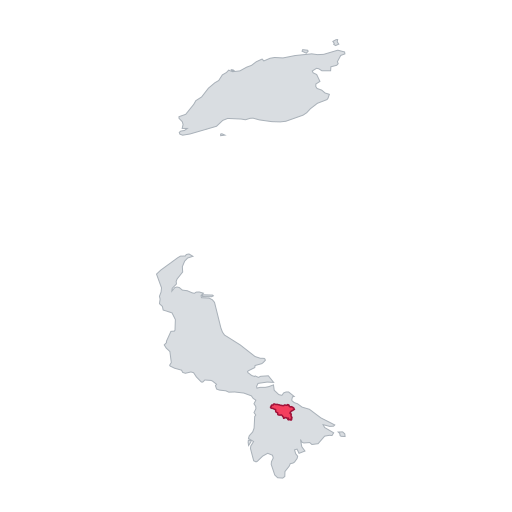 Keningau, Sabah, Malaysia (highlighted), rotated 93°
{"feature_id": "92858781B15741059593966", "entity_name": "Keningau", "entity_type": "district", "adm_level": 2, "iso_a3": "MYS", "parent_name": "Malaysia", "parent_adm1": "Sabah", "projection": "equal_earth", "projection_center": [116.308, 5.235], "detail": "fine", "context": "in_parent", "style": "filled", "palette": "rose", "viewbox_px": 512, "rotation_deg": 93, "n_neighbors": 0, "source": "geoboundaries", "source_scale": "gbopen_adm2", "svg_char_len": 6174}
<svg xmlns="http://www.w3.org/2000/svg" viewBox="0 0 512 512"><g transform="rotate(93 256 256)"><path d="M438.6,254.0L435.8,253.3L431.9,250.1L428.0,248.9L416.4,248.9L414.8,247.9L412.5,249.8L408.5,248.1L406.2,248.4L403.7,250.3L400.0,248.6L398.3,251.4L395.9,253.3L393.5,261.0L392.9,270.2L393.4,276.0L392.2,279.1L391.8,285.6L390.9,288.4L387.6,289.7L386.2,288.7L383.3,292.7L382.6,294.3L382.5,300.6L384.7,302.6L384.7,304.0L379.9,309.2L375.8,312.2L375.2,314.9L376.8,320.4L376.1,323.1L373.9,324.4L372.3,331.5L370.4,336.0L369.6,336.5L366.8,335.0L355.9,337.0L352.7,340.8L349.6,343.0L347.1,340.8L345.9,341.0L335.7,337.0L335.3,333.6L334.3,333.0L323.7,333.2L317.2,336.9L314.8,345.9L311.3,346.8L308.7,349.9L304.1,349.5L301.3,350.3L296.9,348.9L292.7,348.7L279.3,354.4L275.0,350.3L262.0,334.3L260.1,331.5L259.7,326.6L258.2,325.7L257.8,324.4L257.5,323.0L259.6,319.0L261.6,324.2L264.9,327.0L270.5,329.0L275.8,328.4L283.1,333.6L285.5,334.4L288.1,334.0L292.7,338.0L295.5,338.2L291.8,335.4L291.1,333.3L291.5,331.0L293.9,327.8L294.3,322.8L296.1,317.9L296.5,315.6L295.2,313.8L294.9,310.8L295.9,306.6L298.4,308.8L300.5,308.3L300.5,300.6L302.0,297.3L304.5,295.0L329.7,287.3L333.8,285.5L336.6,283.3L345.7,267.0L356.4,251.8L357.9,246.4L357.8,242.6L358.4,241.7L359.6,241.2L362.0,243.2L363.2,244.6L365.4,251.2L367.5,251.4L371.0,257.6L371.8,258.4L372.9,258.0L375.6,254.0L376.4,251.1L375.8,250.6L377.1,247.2L375.9,245.1L375.0,237.4L381.3,231.8L381.3,238.2L383.1,247.3L386.2,248.6L387.9,248.1L387.0,245.3L386.7,239.9L385.8,236.4L383.8,231.8L389.1,230.8L393.2,226.0L393.8,222.9L391.2,221.1L390.2,218.8L390.1,216.3L394.3,210.5L394.7,212.2L397.4,212.7L398.6,212.6L400.4,210.2L401.4,206.8L404.5,202.1L406.3,194.6L414.3,182.7L420.6,168.5L421.9,169.7L422.3,173.5L420.9,180.2L423.7,178.5L428.5,169.2L431.3,170.7L431.2,173.3L432.3,178.0L440.2,184.2L441.3,190.3L439.5,192.6L440.2,198.5L439.6,200.3L436.9,202.0L444.1,200.3L448.2,196.9L450.8,202.7L446.7,204.9L447.6,207.4L451.4,206.0L453.8,203.9L456.1,204.4L459.7,206.7L460.8,208.1L461.6,210.9L464.2,211.9L469.7,215.8L474.7,215.7L476.4,217.7L476.3,222.8L473.7,225.8L463.3,229.9L460.6,229.8L456.8,228.2L454.1,229.1L452.4,234.0L455.5,238.9L460.9,243.9L461.6,245.2L460.6,247.6L448.4,251.5L445.9,251.2L441.4,248.7L438.6,254.0ZM46.2,185.1L47.6,178.2L49.5,177.8L51.3,181.9L57.7,184.9L59.6,184.0L60.5,184.6L61.4,185.6L63.1,191.1L67.1,191.2L67.6,199.8L65.7,203.2L65.4,205.4L68.3,209.5L70.1,208.5L71.6,204.9L78.3,201.3L81.1,205.2L83.6,205.2L85.5,203.8L86.9,199.1L89.6,195.6L90.7,191.2L94.6,192.3L96.1,193.3L100.3,202.7L106.0,209.3L110.3,212.9L112.9,216.4L119.9,233.3L120.8,238.8L121.0,247.2L119.9,259.8L118.5,266.1L118.8,269.1L120.5,273.7L120.0,278.0L120.1,291.5L122.3,296.3L128.5,302.2L137.6,328.3L139.2,335.6L138.3,338.4L136.6,339.1L135.2,337.7L134.4,334.1L132.2,331.3L132.5,336.4L128.5,335.7L125.8,336.6L122.5,340.1L120.9,340.2L118.2,333.6L107.8,326.1L104.0,324.2L100.0,318.6L90.9,312.3L85.2,306.2L82.7,302.4L76.9,299.1L74.3,295.1L71.8,293.0L73.2,289.1L72.0,281.8L67.9,275.2L65.9,270.5L62.0,265.9L59.0,260.2L60.8,258.4L57.8,252.3L56.8,247.8L56.8,239.4L53.8,227.5L51.2,211.0L51.7,205.2L51.1,199.0L46.2,185.1ZM428.8,163.1L427.5,164.7L427.1,160.3L429.0,158.0L431.6,157.6L431.6,161.6L431.0,162.6L428.8,163.1ZM40.1,184.4L41.7,187.6L40.5,189.5L39.5,189.0L37.7,190.5L35.8,187.4L35.6,185.8L37.9,186.1L40.1,184.4ZM299.3,307.2L298.6,307.6L297.5,306.6L297.3,297.3L298.0,296.5L299.0,298.3L299.3,307.2ZM50.8,216.4L49.1,220.7L47.5,220.2L47.8,215.3L48.7,214.6L50.8,216.4ZM445.6,253.5L442.5,254.1L440.3,254.0L440.6,251.5L441.6,251.2L445.6,253.5ZM137.7,297.6L136.1,297.7L135.7,296.5L136.9,293.4L137.7,297.6ZM72.4,289.8L71.2,290.4L71.4,288.5L72.2,287.4L72.4,289.8Z" fill="#d9dde1" stroke="#a8b0b8" stroke-width="1"/><path d="M404.9,233.0L405.3,232.8L405.8,233.2L406.0,233.5L406.6,233.5L407.0,233.1L407.3,232.4L407.3,231.7L407.4,230.8L407.7,230.4L408.1,229.5L408.2,228.7L408.5,228.3L408.8,228.3L409.4,228.3L410.1,228.2L410.9,227.7L411.1,227.1L411.4,226.2L411.6,226.1L411.9,226.1L412.4,226.1L412.9,226.0L413.3,225.8L413.5,225.1L413.6,224.8L413.7,224.7L413.6,223.8L413.6,223.6L413.6,223.1L413.4,222.8L413.4,222.6L413.4,222.3L413.5,222.1L413.7,221.9L413.8,221.7L414.0,221.3L414.2,221.2L414.4,221.2L414.6,221.1L414.8,221.0L415.0,220.8L415.2,220.5L415.3,220.4L415.5,220.0L415.7,219.8L416.0,219.8L416.3,220.0L416.6,219.9L416.6,219.6L416.4,219.4L416.3,219.1L416.2,218.7L415.9,218.2L415.8,217.8L415.8,217.5L415.8,217.3L416.2,217.0L416.3,216.8L416.3,216.4L416.4,216.0L416.2,215.5L416.3,215.2L416.6,215.2L417.1,215.7L417.4,215.7L417.6,215.6L417.8,215.3L417.9,215.0L417.9,214.5L417.7,214.3L417.6,214.0L417.6,213.7L417.6,213.2L417.9,213.0L418.0,212.7L418.0,212.4L417.9,212.4L417.7,212.5L417.6,212.4L417.5,212.2L417.4,211.9L417.1,211.9L417.0,212.0L416.8,212.1L416.7,212.2L416.3,212.0L416.1,212.0L415.9,211.9L415.7,211.6L415.4,211.8L415.1,212.1L414.8,212.0L414.7,212.1L414.5,212.3L414.4,212.4L414.2,212.4L414.0,212.5L413.9,212.5L413.7,212.6L413.4,212.6L413.2,212.7L413.1,212.8L412.9,212.8L412.8,212.7L412.2,212.5L411.9,212.6L411.6,213.3L411.4,213.8L410.9,213.9L410.7,213.8L410.5,213.5L410.2,213.4L409.9,213.4L409.5,212.8L409.1,212.7L408.9,212.4L408.7,212.1L408.6,211.8L408.5,211.4L408.1,211.0L407.9,210.7L407.7,210.6L407.5,210.4L407.4,210.1L407.3,209.9L407.2,209.7L407.0,209.8L406.9,209.9L406.7,209.9L406.5,210.0L406.4,210.1L406.2,210.2L406.0,210.3L405.9,210.3L405.7,210.5L405.5,210.9L405.5,211.1L405.4,211.3L405.2,211.3L405.0,211.6L404.9,211.8L404.9,212.1L404.8,212.5L404.7,212.6L404.6,213.0L404.7,213.3L404.8,213.3L404.9,213.6L404.7,214.0L404.6,214.4L404.6,214.6L404.4,214.8L404.2,214.9L404.0,215.0L403.8,215.0L403.7,215.2L403.7,215.4L403.6,215.5L403.4,215.5L403.2,215.4L403.0,215.5L402.9,215.7L402.9,215.9L402.9,216.1L402.8,216.3L402.8,216.5L402.8,216.8L403.1,216.9L403.4,217.1L403.5,217.9L403.4,218.5L403.3,219.0L403.3,219.8L403.5,220.0L403.8,220.2L404.0,220.7L404.0,221.8L404.0,222.2L403.8,222.7L403.8,223.7L403.7,224.3L403.4,224.9L403.4,225.5L403.3,226.1L403.1,226.6L403.2,228.6L403.1,229.1L402.9,229.5L402.8,229.8L402.8,230.2L403.0,230.7L403.3,230.9L403.9,231.1L404.0,231.6L404.0,232.0L404.0,232.4L404.3,232.6L404.7,232.8L404.9,233.0Z" fill="#f43f5e" stroke="#9f1239" stroke-width="1.5"/></g></svg>